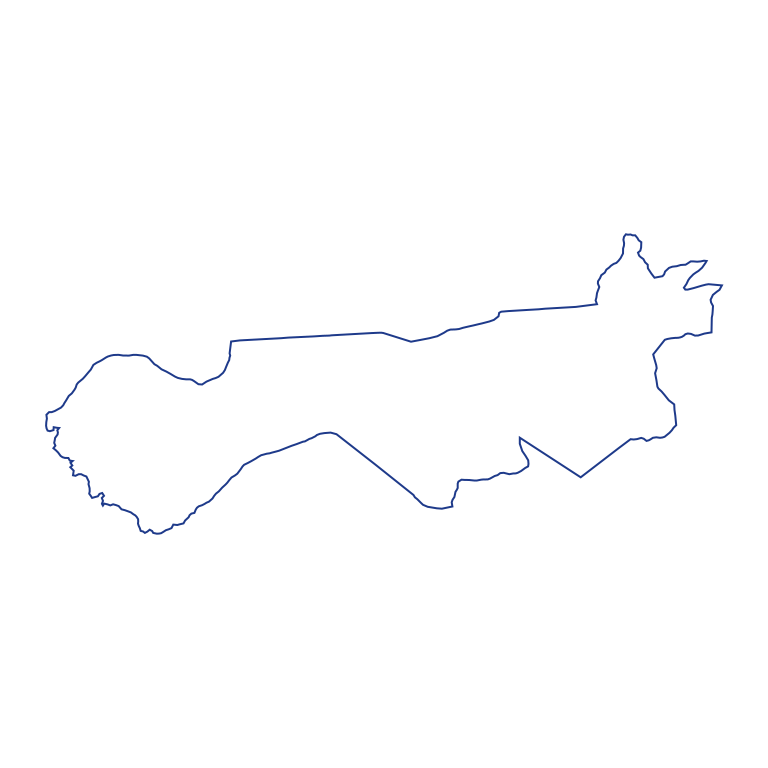 the district of Alto Boa Vista, Mato Grosso, Brazil
{"feature_id": "56859067B16617747139369", "entity_name": "Alto Boa Vista", "entity_type": "district", "adm_level": 2, "iso_a3": "BRA", "parent_name": "Brazil", "parent_adm1": "Mato Grosso", "projection": "orthographic", "projection_center": [-51.775, -11.788], "detail": "fine", "context": "isolated", "style": "outline", "palette": "blue", "viewbox_px": 768, "rotation_deg": 0, "n_neighbors": 0, "source": "geoboundaries", "source_scale": "gbopen_adm2", "svg_char_len": 5099}
<svg xmlns="http://www.w3.org/2000/svg" viewBox="0 0 768 768"><path d="M676.2,425.2L675.3,415.7L674.5,410.0L674.2,404.4L668.8,400.3L664.4,394.8L661.6,391.5L658.4,388.5L657.4,386.7L656.5,380.6L655.1,373.2L656.7,368.2L656.2,365.1L654.2,358.2L653.2,354.4L664.8,339.8L667.3,339.0L671.1,338.3L675.0,337.9L678.1,337.8L680.2,337.4L682.0,336.8L683.9,335.6L685.4,334.2L687.8,333.5L691.0,333.9L694.9,335.6L698.2,335.5L704.3,333.6L707.1,333.1L711.5,332.4L711.8,317.6L712.4,314.5L712.7,310.9L713.0,306.0L711.1,302.5L710.6,299.8L712.9,294.9L716.7,291.8L719.5,289.8L721.9,285.4L708.6,284.2L706.0,284.6L701.7,285.7L693.6,288.1L687.7,289.6L685.3,289.6L683.9,287.7L686.4,284.1L688.3,280.1L689.9,277.9L693.3,274.4L695.8,272.6L698.5,270.9L702.1,267.7L705.5,262.9L706.6,261.0L704.0,260.7L700.7,261.4L697.2,261.7L693.3,261.4L690.7,261.4L687.7,263.4L685.6,264.7L683.6,264.8L680.7,265.0L676.7,266.2L672.3,266.7L669.0,267.9L665.1,271.5L664.1,274.4L662.5,276.2L654.5,277.7L651.3,273.5L647.9,268.3L647.7,264.7L645.1,262.3L643.4,259.1L640.5,257.0L639.1,255.6L638.0,252.6L640.3,250.7L641.1,247.6L641.3,242.2L638.7,240.3L637.4,238.0L635.2,235.3L632.5,235.3L630.6,234.5L627.9,234.7L625.9,234.3L624.0,236.8L623.4,239.7L624.1,243.2L623.9,245.8L623.1,248.5L623.0,253.5L620.6,258.1L618.5,260.8L616.4,262.9L613.7,263.9L611.0,265.7L609.2,267.5L606.4,269.6L604.8,272.6L601.3,275.2L600.0,278.2L598.0,281.3L597.9,283.6L599.3,287.0L597.8,290.9L597.0,293.2L596.4,297.6L595.6,300.4L597.0,304.2L575.9,306.9L545.1,308.7L538.6,309.3L528.1,309.9L508.1,311.1L501.2,311.7L499.2,312.8L498.5,316.3L493.9,319.9L489.3,321.5L482.0,323.4L478.5,324.2L473.1,325.5L470.8,326.0L468.1,326.6L463.0,327.8L459.1,329.0L455.8,329.4L450.3,329.6L447.2,330.7L443.9,332.8L437.4,336.2L429.4,338.2L420.6,339.9L411.0,341.7L383.3,333.0L381.1,332.7L377.6,332.8L371.0,333.1L331.8,335.3L329.3,335.6L322.9,335.8L313.9,336.4L288.3,337.6L281.0,338.2L240.0,340.4L231.1,341.5L229.6,353.4L230.2,355.6L229.5,357.7L229.2,360.1L227.9,362.6L226.0,367.2L224.9,370.0L223.1,372.8L218.5,376.8L215.5,378.1L212.8,378.9L206.5,381.6L202.1,384.5L198.4,384.2L194.2,381.2L192.1,379.9L190.0,379.3L185.8,379.3L182.0,378.9L177.8,377.9L175.0,376.6L170.5,373.9L166.4,371.6L161.5,369.3L158.8,367.1L157.2,365.8L154.4,364.2L149.2,358.4L146.9,356.7L142.9,355.6L136.6,354.9L133.0,354.9L129.0,355.6L122.9,355.5L119.0,354.9L116.9,354.9L113.7,355.0L111.1,355.5L107.9,356.5L106.1,357.4L101.7,360.2L99.5,361.4L96.6,362.8L93.4,364.9L90.8,369.6L88.7,372.0L85.0,376.4L82.8,378.8L78.2,382.6L76.7,384.5L75.7,387.6L74.5,389.7L71.8,393.4L68.8,395.9L66.0,400.6L64.5,402.9L63.2,405.3L61.0,407.6L54.8,411.0L51.8,412.1L49.1,412.1L46.4,414.8L46.9,418.6L46.3,422.1L46.1,425.8L46.6,428.5L47.6,430.6L49.9,431.2L53.5,430.1L53.7,427.2L56.9,427.8L59.1,428.0L57.3,430.3L57.9,432.3L57.6,434.5L55.1,437.9L54.8,439.9L54.2,442.9L55.4,445.7L53.4,448.2L56.0,450.4L58.1,452.5L60.6,455.9L62.5,457.2L64.8,457.9L68.4,458.0L69.8,460.6L72.6,461.0L70.5,462.8L72.3,465.5L70.3,467.2L73.7,470.7L73.0,475.3L75.5,475.8L78.7,474.2L81.2,474.2L83.7,475.5L86.4,476.5L87.8,479.5L88.9,481.8L88.5,484.1L89.6,488.2L89.7,491.3L89.2,493.7L90.6,495.6L92.1,497.9L95.2,497.0L97.9,496.3L99.5,493.9L102.2,493.0L104.0,495.8L101.8,498.0L103.0,500.9L101.9,503.8L102.9,505.6L104.2,503.6L107.6,504.4L110.3,505.4L113.1,504.3L116.0,505.1L118.7,506.1L121.5,509.3L124.9,510.2L127.7,511.2L130.9,512.4L133.3,514.2L135.3,515.4L136.7,516.9L138.1,519.2L138.2,521.6L138.0,523.6L138.7,525.8L139.8,528.1L140.7,530.9L143.1,531.5L144.9,532.9L147.4,531.6L149.7,529.7L152.2,531.1L153.2,532.9L156.8,533.7L159.0,533.6L161.1,533.2L163.3,531.9L165.9,530.2L168.7,529.3L171.5,528.1L173.3,524.6L177.3,525.0L179.8,524.3L183.5,523.4L185.1,520.5L188.6,517.3L189.6,515.2L191.4,513.6L194.4,512.9L195.8,509.5L197.0,507.7L198.8,506.3L202.1,505.2L204.6,503.9L206.5,502.7L208.9,501.7L212.5,498.5L214.2,495.8L216.0,493.6L218.8,491.4L222.2,487.6L225.5,484.6L227.3,482.7L229.2,480.2L231.5,477.5L234.9,475.5L237.3,473.7L239.2,471.2L240.8,469.1L242.5,466.5L244.1,464.8L247.8,463.0L250.8,461.4L255.7,458.6L258.1,457.0L261.2,455.2L263.9,454.5L266.8,453.7L269.7,453.3L271.6,452.7L275.8,451.6L279.1,450.7L291.6,445.8L296.6,444.1L303.0,441.7L304.9,441.4L309.4,438.9L311.6,438.2L315.3,436.3L316.9,435.0L320.0,433.8L324.3,433.1L330.6,432.6L336.5,434.2L375.5,464.7L413.5,495.0L414.9,497.3L417.3,499.2L419.0,500.9L420.7,502.6L423.0,504.8L427.7,506.8L436.8,508.3L441.9,508.7L447.6,507.5L452.4,506.5L451.7,502.3L452.6,499.7L454.4,497.0L455.1,493.7L455.5,491.8L456.7,490.0L457.7,488.0L457.7,483.6L458.4,481.6L461.5,479.7L464.2,479.9L469.2,480.0L474.1,480.5L477.0,480.5L481.0,479.7L482.9,479.5L487.8,479.4L490.0,478.6L494.7,476.0L497.6,475.1L500.3,473.1L503.7,472.8L509.3,474.2L513.1,473.5L515.8,473.4L517.7,472.8L521.1,471.0L525.3,467.9L528.1,466.4L528.5,463.9L528.2,460.3L525.5,455.8L522.3,451.1L519.8,443.8L519.8,437.7L526.7,442.2L580.7,477.3L618.6,448.2L630.6,439.2L633.7,439.5L637.0,439.1L641.2,437.9L643.7,438.7L646.5,440.9L648.8,440.3L650.6,439.3L652.9,437.8L656.3,437.3L660.0,437.8L662.4,437.5L664.6,436.8L669.5,432.8L671.9,430.2L673.6,427.7L676.2,425.2Z" fill="none" stroke="#1e3a8a" stroke-width="2"/></svg>